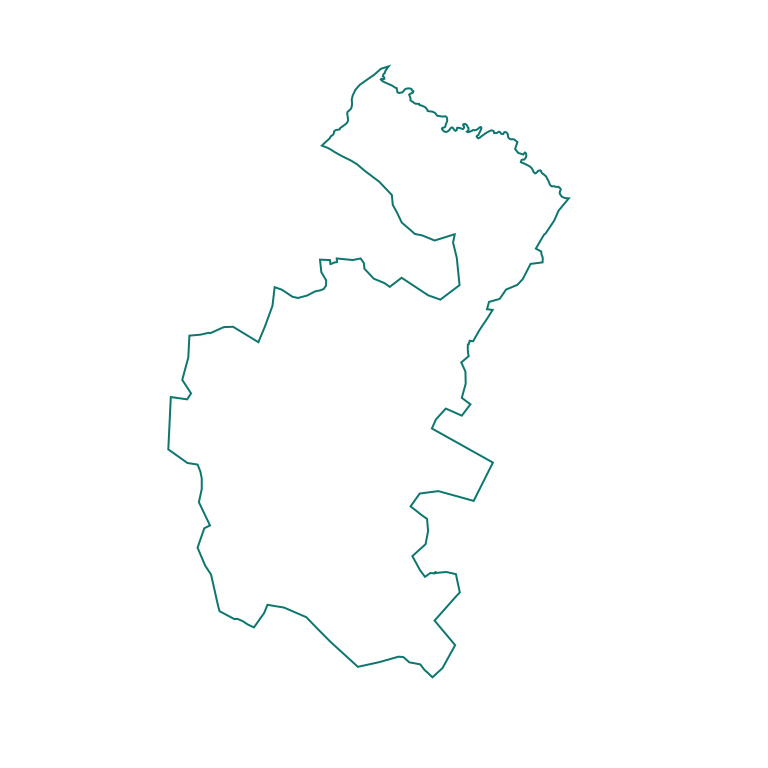 outline of Bunkure, Kano, Nigeria, rotated 300°
{"feature_id": "59680162B46455483877403", "entity_name": "Bunkure", "entity_type": "district", "adm_level": 2, "iso_a3": "NGA", "parent_name": "Nigeria", "parent_adm1": "Kano", "projection": "albers", "projection_center": [8.684, 11.668], "detail": "fine", "context": "isolated", "style": "outline", "palette": "teal", "viewbox_px": 768, "rotation_deg": 300, "n_neighbors": 0, "source": "geoboundaries", "source_scale": "gbopen_adm2", "svg_char_len": 5194}
<svg xmlns="http://www.w3.org/2000/svg" viewBox="0 0 768 768"><g transform="rotate(300 384 384)"><path d="M169.2,300.5L149.0,304.4L137.2,320.1L132.5,329.5L108.2,351.9L105.0,355.2L105.6,371.9L107.4,374.8L107.8,378.6L108.0,380.4L107.6,386.1L108.2,393.1L125.9,394.7L134.5,393.5L140.4,409.2L143.2,433.3L138.3,450.5L133.9,466.7L126.0,502.8L140.6,518.8L155.1,532.9L157.2,537.2L155.6,545.1L157.2,549.5L159.3,555.6L156.6,562.1L155.8,566.3L154.2,572.6L167.2,576.7L193.4,576.2L204.4,546.1L236.6,552.7L241.4,553.9L251.2,545.0L255.3,541.4L252.4,532.1L249.1,527.3L247.7,525.4L246.6,523.9L247.0,522.8L246.1,522.2L245.6,522.8L245.2,522.5L243.6,518.7L237.5,515.9L240.7,508.4L244.4,502.4L249.1,494.6L266.1,500.1L278.7,495.7L288.7,488.7L289.2,482.9L291.3,468.2L307.0,469.7L318.4,484.6L327.6,520.1L370.4,517.6L369.4,447.7L379.4,446.7L393.6,449.8L395.5,467.2L409.6,469.0L410.9,458.3L425.1,454.6L435.5,448.3L441.3,440.1L450.5,443.4L452.7,441.4L454.7,440.0L457.5,438.3L460.1,436.9L460.7,437.5L461.8,437.0L462.9,437.2L463.3,436.9L464.3,436.6L464.8,437.9L465.6,439.8L478.1,439.7L493.1,440.7L502.5,441.0L500.2,435.8L507.6,433.9L515.5,441.6L526.8,442.5L536.5,449.9L544.2,451.7L561.3,450.9L568.6,460.5L570.4,459.6L572.1,458.7L573.1,458.0L573.9,456.9L574.6,456.1L575.4,455.3L577.4,453.8L577.2,450.2L577.2,447.8L593.2,447.9L595.2,448.7L610.6,449.7L621.4,448.5L637.2,451.2L636.5,449.9L635.6,448.1L635.4,447.0L635.3,445.9L635.2,444.2L635.8,442.9L636.5,441.5L637.2,440.7L638.2,440.2L640.9,439.8L641.5,439.0L642.0,436.6L640.5,433.8L640.4,432.4L639.2,430.9L639.1,429.4L639.6,428.0L642.2,424.7L643.8,422.0L644.8,420.7L645.4,417.5L645.6,415.2L647.0,413.5L647.1,412.4L645.7,411.0L642.9,410.3L641.9,409.5L642.4,407.5L644.1,405.3L645.2,402.6L645.3,399.8L645.1,396.1L644.5,391.6L646.7,391.1L647.9,392.0L648.5,393.3L649.8,393.5L651.0,393.6L652.5,393.3L653.8,392.5L654.6,391.7L655.0,390.8L654.8,390.2L652.4,389.9L651.2,384.7L653.1,380.0L660.2,378.6L660.9,374.6L660.2,372.8L659.4,371.8L659.1,370.3L659.7,368.4L660.5,367.5L660.9,367.1L662.0,366.6L662.8,365.4L663.0,364.3L662.8,362.9L662.0,362.2L660.9,362.3L659.9,362.1L659.3,360.4L659.8,359.2L660.2,358.2L659.8,357.2L658.4,356.6L657.4,355.7L656.4,353.9L657.3,353.2L657.9,352.1L657.2,350.0L655.6,348.8L653.2,347.3L651.4,346.4L647.4,344.6L645.1,343.7L644.0,342.9L644.0,341.6L644.5,340.6L645.5,340.5L646.3,341.1L647.0,341.3L648.0,341.0L650.2,341.0L652.2,340.8L653.5,340.6L654.4,340.4L654.8,339.9L654.8,339.1L653.6,338.3L652.1,337.9L650.2,336.9L649.4,336.1L649.0,335.6L648.5,334.1L647.5,333.7L646.0,332.6L644.7,331.5L643.9,330.5L644.0,329.6L645.3,330.2L646.7,330.0L648.0,329.0L648.7,327.6L649.7,326.0L649.8,324.6L649.4,323.6L648.6,322.9L647.8,323.0L647.3,324.1L646.5,325.0L645.1,325.2L644.2,324.9L643.9,323.5L643.6,321.7L643.1,320.3L642.5,319.3L640.0,320.0L638.9,319.2L639.3,317.4L640.4,315.1L640.0,314.4L638.8,313.7L637.4,313.7L636.2,313.4L634.8,313.0L633.6,312.1L633.0,310.9L632.8,309.6L633.1,308.4L633.5,307.2L634.3,306.4L635.2,306.7L635.7,307.4L637.0,308.3L638.4,308.2L640.3,307.6L642.3,307.4L643.6,307.1L645.3,306.0L646.4,304.8L646.5,303.2L645.6,302.0L644.9,301.1L643.9,298.5L643.0,296.2L643.2,295.1L643.6,294.3L644.3,292.7L644.1,289.9L643.4,288.1L642.7,286.7L642.3,285.3L643.2,284.4L643.9,282.7L644.3,280.9L644.1,278.8L643.9,277.0L643.3,275.4L644.1,274.5L642.4,270.8L642.9,265.0L644.6,264.2L646.8,261.6L647.1,261.1L648.7,261.7L649.9,262.8L651.1,263.4L652.2,263.1L652.2,261.5L653.1,260.5L653.1,259.3L652.6,258.0L651.4,256.1L649.7,254.8L648.3,254.6L646.5,254.3L645.6,253.9L643.6,251.6L643.3,249.8L645.1,248.3L646.6,247.0L646.2,245.6L646.5,241.9L645.7,234.7L645.5,231.3L645.9,229.7L646.2,228.9L647.0,229.1L647.4,230.7L648.4,231.7L649.6,231.0L649.9,229.2L651.7,228.7L652.5,228.7L653.5,229.2L655.5,228.7L657.6,228.7L661.4,229.2L655.4,223.7L647.5,221.1L638.9,217.1L630.9,213.4L624.2,212.1L618.1,212.7L614.0,213.9L611.5,215.8L608.3,217.3L605.8,217.8L603.4,217.0L601.2,216.4L599.3,217.2L597.9,218.5L596.3,219.7L594.3,221.1L592.3,221.4L590.2,221.0L588.3,220.1L586.0,219.2L584.0,218.1L582.3,218.3L581.2,216.9L579.6,215.1L577.8,214.5L576.2,215.2L574.5,215.3L571.9,214.1L569.4,214.1L566.3,213.1L563.0,212.0L559.4,211.0L560.4,217.6L560.4,221.1L560.2,225.2L560.3,233.2L561.0,243.9L560.8,251.0L559.0,260.7L556.8,278.7L551.6,296.3L543.4,302.1L542.7,303.4L538.6,310.1L532.7,318.6L529.8,333.8L529.3,335.5L531.4,341.6L531.8,343.0L533.6,356.1L540.2,362.2L547.3,368.7L547.8,369.1L549.0,370.4L541.0,373.1L529.7,383.9L507.4,400.0L485.2,390.6L485.2,390.3L482.9,378.0L484.8,346.1L471.0,340.4L471.6,333.9L470.1,322.5L474.1,309.3L478.6,306.2L481.0,301.0L475.7,294.9L469.1,280.3L466.0,282.3L464.3,280.1L463.9,279.9L463.6,279.5L462.8,279.2L462.5,279.0L461.1,277.6L464.3,275.2L459.7,266.4L449.4,273.9L447.5,277.5L444.8,282.1L440.3,284.6L436.2,284.3L433.4,282.1L429.7,278.0L422.2,273.2L415.5,266.5L413.8,261.2L414.6,248.4L413.2,240.9L396.0,248.3L373.8,252.2L357.4,254.3L358.1,224.7L353.5,217.3L353.0,216.9L352.9,216.6L341.2,208.2L340.7,206.6L334.8,200.2L328.6,191.3L309.0,201.3L286.7,207.2L279.4,221.6L272.3,221.2L266.1,205.9L219.5,229.9L217.3,253.2L221.0,262.8L219.2,265.2L216.4,268.7L211.1,273.4L206.2,276.2L202.1,278.6L189.1,282.8L174.5,304.0L169.2,300.5Z" fill="none" stroke="#0f766e" stroke-width="2"/></g></svg>